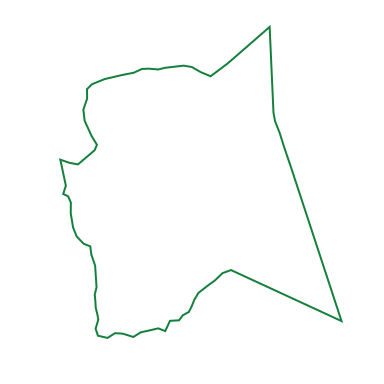 the district of Goianinha, Rio Grande do Norte, Brazil, rotated 171°
{"feature_id": "56859067B94338823405962", "entity_name": "Goianinha", "entity_type": "district", "adm_level": 2, "iso_a3": "BRA", "parent_name": "Brazil", "parent_adm1": "Rio Grande do Norte", "projection": "orthographic", "projection_center": [-35.19, -6.288], "detail": "fine", "context": "isolated", "style": "outline", "palette": "green", "viewbox_px": 384, "rotation_deg": 171, "n_neighbors": 0, "source": "geoboundaries", "source_scale": "gbopen_adm2", "svg_char_len": 974}
<svg xmlns="http://www.w3.org/2000/svg" viewBox="0 0 384 384"><g transform="rotate(171 192 192)"><path d="M64.5,41.1L90.3,200.6L94.0,222.0L96.2,236.8L98.9,249.1L99.1,257.7L89.5,342.9L132.8,315.8L137.4,313.0L155.5,303.4L164.6,309.0L172.5,315.4L180.4,318.1L199.4,318.9L206.2,318.3L215.0,320.5L222.1,321.4L230.9,318.9L242.5,318.5L260.6,317.2L273.9,314.1L279.6,310.0L281.0,300.6L286.4,290.4L286.9,279.2L282.4,263.0L278.5,253.5L281.6,248.5L300.3,237.1L308.5,240.0L317.0,244.5L315.6,218.0L319.5,210.2L315.0,207.1L313.3,200.5L315.1,190.0L315.0,175.5L312.8,166.0L307.1,157.8L301.0,154.3L301.2,145.9L299.2,134.4L301.2,112.8L304.1,105.9L304.5,99.6L305.2,92.6L304.6,86.0L304.5,80.6L308.6,72.0L307.4,64.8L298.3,61.1L290.1,64.6L282.5,62.9L272.6,58.0L264.6,61.4L254.9,62.0L246.7,62.6L240.2,58.8L233.9,68.2L224.9,67.3L220.3,71.7L213.9,74.0L210.2,79.1L206.8,84.8L201.5,91.3L188.6,98.4L183.6,100.8L174.5,107.1L165.7,108.8L64.5,41.1Z" fill="none" stroke="#15803d" stroke-width="2"/></g></svg>